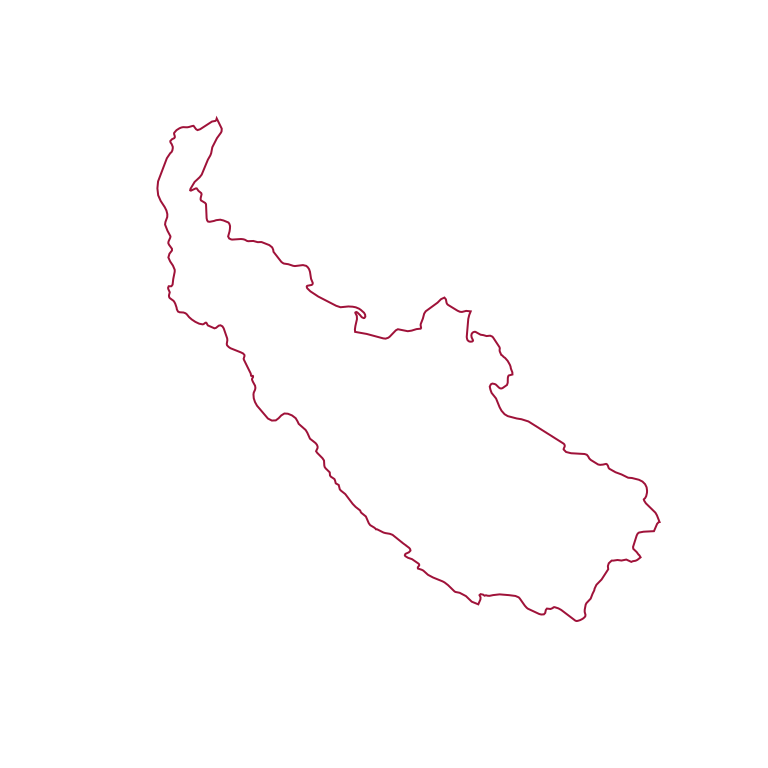 outline of Sagaing, rotated 301°
{"feature_id": "MMR-3302", "entity_name": "Sagaing", "entity_type": "Division", "adm_level": 1, "iso_a3": "MMR", "parent_name": "Myanmar", "parent_adm1": "", "projection": "robinson", "projection_center": [95.526, 24.485], "detail": "fine", "context": "isolated", "style": "outline", "palette": "rose", "viewbox_px": 768, "rotation_deg": 301, "n_neighbors": 0, "source": "natural_earth", "source_scale": "10m", "svg_char_len": 6135}
<svg xmlns="http://www.w3.org/2000/svg" viewBox="0 0 768 768"><g transform="rotate(301 384 384)"><path d="M491.3,74.8L494.7,75.4L497.9,77.0L499.5,78.2L500.7,79.5L502.6,83.0L503.7,84.3L506.6,87.0L507.2,87.8L505.6,91.7L505.6,93.4L507.7,95.2L520.4,101.4L522.6,103.9L523.6,104.3L525.5,103.8L519.3,113.4L517.0,114.6L515.7,114.8L508.7,114.2L498.5,114.9L492.8,117.0L490.5,117.4L485.6,117.5L469.6,119.9L466.3,119.5L459.7,117.6L451.6,117.6L450.2,118.1L450.3,118.9L454.7,121.9L455.2,122.7L454.0,125.5L453.5,129.0L452.7,129.9L448.9,131.1L447.7,131.8L447.1,132.6L447.1,137.4L446.5,138.8L434.7,146.6L433.1,148.2L432.6,149.6L433.3,151.1L436.1,154.2L438.0,155.8L440.5,159.0L441.5,162.2L442.3,167.5L441.6,169.0L440.1,170.7L437.7,172.0L435.3,173.0L430.2,174.4L429.0,176.3L429.2,178.5L429.6,179.5L434.6,186.7L435.5,188.6L436.0,190.3L436.1,193.0L436.5,194.1L439.3,198.3L440.5,202.6L442.6,205.9L444.0,214.2L443.5,217.8L442.0,219.9L440.4,221.2L435.8,233.1L435.6,234.9L435.7,236.2L437.4,240.3L438.5,245.2L439.2,246.9L444.2,253.3L445.2,256.5L444.8,258.6L443.8,260.7L442.0,262.8L436.6,267.3L434.0,270.8L433.3,271.2L432.4,271.3L431.6,270.9L428.8,267.8L428.2,267.5L427.5,267.7L426.5,268.9L425.5,273.2L425.1,282.6L426.4,302.7L427.4,307.2L432.1,313.5L434.1,317.3L435.2,320.3L435.7,323.8L435.6,325.8L434.8,330.2L433.7,332.1L432.1,333.3L430.5,333.2L430.0,332.6L429.8,330.5L430.8,327.8L431.6,324.3L431.4,323.1L430.5,322.6L430.1,322.9L428.4,325.6L425.7,327.4L419.0,329.6L415.7,331.0L413.8,332.4L418.0,343.4L422.7,359.8L423.7,362.0L425.8,363.8L427.4,364.5L436.1,366.5L438.1,367.7L441.5,377.2L444.0,380.2L447.8,383.6L450.3,386.9L451.2,386.9L453.4,385.0L454.4,384.6L460.2,383.6L465.0,382.2L467.8,382.3L481.3,388.0L486.1,389.2L489.2,391.3L488.4,393.5L485.8,395.8L485.1,396.9L484.8,398.0L484.7,409.3L485.0,411.8L485.9,413.7L489.0,416.8L490.9,420.9L487.1,421.5L483.2,422.7L466.9,430.7L465.5,431.9L464.6,433.1L464.3,434.6L464.6,436.0L465.7,437.6L466.5,438.0L467.3,437.8L469.1,435.1L470.7,433.8L472.4,433.3L473.5,433.5L474.5,433.9L475.6,435.0L475.8,435.8L476.0,441.4L477.1,444.1L477.9,447.2L480.1,450.1L480.4,452.4L480.1,453.5L475.0,464.1L474.2,464.9L472.6,465.6L471.5,466.5L469.3,469.6L469.4,470.5L468.8,472.7L468.7,474.4L467.5,478.1L465.3,482.0L464.1,483.5L462.6,484.8L460.1,488.0L458.3,489.2L455.5,486.5L454.5,486.5L453.0,487.0L448.8,489.4L446.5,489.9L441.5,487.7L440.6,486.9L440.1,485.9L440.1,484.5L441.1,480.3L441.0,478.9L440.2,476.7L439.1,475.9L438.3,475.8L436.2,476.0L433.9,478.2L431.8,480.8L429.3,487.5L423.6,495.1L421.6,498.5L420.2,502.9L420.2,506.6L422.8,515.5L424.6,520.0L426.3,527.1L425.4,568.5L425.2,569.5L424.5,570.5L423.4,571.1L421.3,571.3L420.4,571.7L419.5,575.1L421.0,580.0L427.3,592.0L427.8,594.3L427.1,596.3L425.9,598.3L425.4,600.4L425.3,609.0L426.0,610.9L427.7,613.2L429.9,615.5L430.0,616.4L429.3,618.0L427.8,619.7L427.4,620.9L427.6,627.9L428.8,634.2L429.4,641.5L431.1,644.9L433.2,651.8L433.5,655.8L432.6,659.4L430.7,662.3L428.1,664.4L426.3,665.4L422.9,666.5L420.7,666.6L418.9,666.1L418.0,667.1L416.6,669.9L413.5,682.9L412.0,685.6L407.6,691.3L407.0,690.6L404.9,690.1L396.9,691.2L391.1,682.6L388.0,679.1L386.5,678.5L384.4,678.6L372.6,681.4L371.1,682.6L370.1,687.1L368.8,690.2L368.8,690.9L367.6,693.2L363.8,691.8L362.1,690.7L360.2,688.5L358.9,687.6L358.3,682.1L355.0,678.5L353.4,674.8L350.7,671.5L349.9,670.1L346.1,669.0L343.2,669.7L340.7,671.6L328.5,671.2L321.3,669.5L317.1,669.9L315.4,670.5L311.6,670.8L306.5,671.7L300.5,670.4L298.8,670.5L293.9,672.3L292.0,673.4L289.9,675.6L288.4,676.2L286.9,675.9L285.0,675.2L282.6,673.7L280.9,672.2L280.1,671.3L279.7,670.0L281.6,652.3L281.5,649.1L280.6,645.2L279.9,644.3L278.8,644.0L276.9,642.6L275.4,639.3L273.6,639.1L270.8,640.1L268.9,639.7L267.4,637.5L266.8,635.5L265.5,623.0L265.7,621.5L266.5,618.9L270.1,610.8L270.5,609.3L270.0,605.8L267.4,599.9L263.2,591.4L259.2,586.2L256.8,583.6L255.9,581.9L255.4,580.2L254.3,579.2L254.5,577.5L253.6,575.0L252.2,574.6L250.9,576.6L249.0,577.6L243.7,578.3L242.6,571.3L244.4,563.5L244.0,556.4L242.5,552.2L242.6,550.9L244.6,542.4L245.1,538.1L245.0,535.9L243.4,525.7L243.1,520.0L244.3,513.8L244.2,512.0L243.3,508.1L244.3,507.4L246.6,507.6L247.4,507.1L247.8,506.3L248.3,498.2L247.4,494.1L247.4,490.9L248.0,490.0L249.5,489.9L252.5,492.0L254.8,492.5L255.9,491.5L256.5,490.0L257.3,482.1L259.1,469.0L258.6,466.2L256.9,461.9L256.4,460.0L255.9,453.0L255.3,451.9L255.6,451.5L255.9,449.4L255.9,444.9L256.8,442.7L261.1,436.7L261.9,431.0L262.3,430.0L263.3,428.7L264.0,423.0L265.1,418.9L269.7,407.5L270.4,402.1L270.9,400.4L274.1,397.2L274.0,393.8L276.1,391.7L277.0,390.4L277.2,386.1L277.8,384.8L280.3,383.0L281.6,377.5L282.3,375.9L283.4,374.8L287.5,372.0L288.7,369.5L290.6,362.1L291.4,360.4L295.0,360.0L296.3,359.2L297.4,357.7L298.1,355.8L299.0,348.7L302.7,343.4L304.2,340.6L305.9,331.4L307.4,329.2L309.2,325.9L309.7,321.3L309.0,316.9L307.4,313.8L304.1,312.1L300.4,311.3L297.1,310.0L294.9,306.7L294.6,302.3L300.0,286.3L302.1,282.7L304.7,279.7L307.8,277.5L309.5,276.8L312.7,276.4L314.4,275.8L316.1,274.4L318.5,270.3L319.8,268.6L320.6,268.2L322.4,268.2L323.3,267.7L323.4,267.3L322.6,266.2L322.7,265.7L324.3,264.4L332.6,251.5L333.3,250.7L336.2,250.0L337.0,249.4L337.6,247.5L337.4,245.1L335.6,234.0L335.7,231.9L336.3,229.6L337.3,228.6L340.8,227.2L342.3,226.1L349.1,218.0L350.2,215.8L350.1,213.6L348.9,212.3L345.6,211.1L344.4,210.0L343.5,202.8L345.0,200.2L344.6,199.4L342.4,198.5L341.7,197.8L340.5,194.5L340.1,190.3L340.3,186.0L340.9,182.6L342.2,179.0L342.4,177.4L342.0,175.3L340.2,171.8L340.0,170.1L341.3,168.0L342.7,166.8L345.4,163.6L346.4,161.9L346.9,160.7L347.3,156.2L347.6,155.4L348.5,154.5L349.3,154.0L352.3,153.1L354.3,150.2L355.2,149.4L356.9,149.1L358.3,151.4L360.3,151.6L365.4,149.3L372.4,146.8L374.1,145.8L376.8,142.1L378.9,137.6L381.4,134.0L385.2,133.0L389.2,133.5L390.7,132.6L392.7,127.9L393.7,126.5L395.2,125.9L399.4,125.4L400.6,124.9L403.9,119.4L407.9,114.2L410.3,113.2L415.5,112.2L418.0,110.8L420.6,108.2L422.6,105.1L425.9,98.3L429.5,93.2L435.0,89.0L441.3,86.0L465.7,81.6L471.8,81.9L473.2,82.4L475.1,82.3L477.1,81.6L478.5,80.8L480.3,78.4L481.1,76.6L482.1,75.7L484.6,76.2L486.7,77.6L487.8,77.6L488.7,77.0L490.3,75.2L491.3,74.8Z" fill="none" stroke="#9f1239" stroke-width="2"/></g></svg>